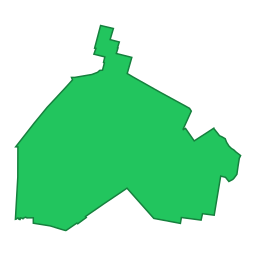 Cerat, Dolj, Romania
{"feature_id": "2599482B26684248362389", "entity_name": "Cerat", "entity_type": "district", "adm_level": 2, "iso_a3": "ROU", "parent_name": "Romania", "parent_adm1": "Dolj", "projection": "robinson", "projection_center": [23.663, 44.074], "detail": "fine", "context": "isolated", "style": "filled", "palette": "green", "viewbox_px": 256, "rotation_deg": 0, "n_neighbors": 0, "source": "geoboundaries", "source_scale": "gbopen_adm2", "svg_char_len": 1212}
<svg xmlns="http://www.w3.org/2000/svg" viewBox="0 0 256 256"><path d="M214.2,215.2L216.4,201.9L220.7,176.1L225.5,177.3L228.9,181.5L232.7,179.5L234.0,178.2L236.9,174.3L238.1,165.8L239.3,158.3L240.6,155.6L236.0,152.0L233.8,149.9L231.5,148.5L228.9,146.0L226.6,142.3L225.2,138.7L222.1,136.9L219.5,135.7L213.9,128.6L213.8,128.2L194.2,140.9L185.5,128.4L183.3,129.6L183.1,129.2L191.3,111.1L189.5,108.3L159.1,91.7L132.7,76.8L127.2,73.5L131.8,57.4L116.3,53.5L118.0,47.9L117.5,47.8L119.3,42.0L110.1,39.6L113.4,28.5L100.6,25.5L94.6,48.2L95.9,48.4L93.9,54.2L104.8,56.9L103.5,62.5L104.4,62.9L102.5,70.2L99.7,70.4L97.6,72.3L91.8,74.5L74.8,77.4L71.5,77.4L72.5,79.9L72.3,80.1L64.7,88.5L47.1,107.4L34.2,123.1L15.7,146.8L17.9,146.9L17.8,177.0L15.4,219.3L16.5,219.0L17.6,218.0L18.0,218.1L18.5,218.2L18.8,219.1L19.2,219.4L19.9,219.5L20.1,219.5L20.2,219.2L20.1,218.5L20.1,218.1L20.3,217.9L21.7,218.1L22.3,218.5L22.5,218.6L23.0,218.7L23.1,218.3L25.6,217.2L26.9,217.9L33.3,217.8L33.3,223.2L50.2,225.9L59.9,228.9L65.4,230.5L66.2,230.4L76.8,223.1L77.7,223.8L86.3,217.5L85.5,216.5L103.4,204.1L127.0,188.2L153.8,218.4L180.4,223.4L181.4,217.5L201.1,220.1L202.5,213.7L214.2,215.2Z" fill="#22c55e" stroke="#15803d" stroke-width="1.5"/></svg>